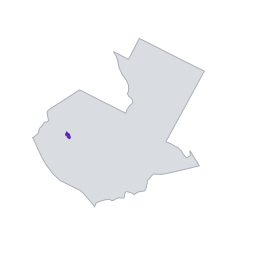 location of San Francisco El Alto, Totonicapán, Guatemala, rotated 27°
{"feature_id": "79465075B12043571614717", "entity_name": "San Francisco El Alto", "entity_type": "district", "adm_level": 2, "iso_a3": "GTM", "parent_name": "Guatemala", "parent_adm1": "Totonicapán", "projection": "albers", "projection_center": [-91.49, 14.976], "detail": "fine", "context": "in_parent", "style": "filled", "palette": "violet", "viewbox_px": 256, "rotation_deg": 27, "n_neighbors": 0, "source": "geoboundaries", "source_scale": "gbopen_adm2", "svg_char_len": 2296}
<svg xmlns="http://www.w3.org/2000/svg" viewBox="0 0 256 256"><g transform="rotate(27 128 128)"><path d="M47.3,179.7L48.4,178.6L49.3,176.1L50.4,173.6L49.7,170.6L49.4,168.3L50.6,164.8L50.5,162.2L51.1,160.6L52.9,159.6L53.9,157.6L48.7,150.7L48.7,149.2L49.4,147.3L53.6,140.0L58.7,131.3L64.2,121.8L67.6,116.0L79.7,116.0L87.8,116.0L98.0,116.0L109.1,115.9L116.4,115.9L119.4,115.8L118.8,112.1L119.2,107.9L120.5,104.2L120.5,102.5L118.3,100.5L114.1,99.3L111.8,97.5L111.8,95.3L110.7,92.5L108.7,89.3L104.5,86.0L98.0,82.7L92.6,78.2L88.1,72.5L84.3,68.8L81.4,67.3L80.7,66.5L89.2,66.6L97.3,66.6L97.4,58.5L97.4,51.2L97.4,43.1L112.0,43.0L129.5,43.0L147.6,42.9L161.8,42.8L170.2,42.7L169.9,52.8L169.6,64.5L169.4,73.2L169.1,84.7L168.7,96.5L168.3,112.5L168.0,122.9L168.2,123.1L173.0,122.6L180.1,123.0L181.8,122.9L184.0,123.8L185.7,124.0L189.3,126.3L193.6,128.0L196.2,124.4L194.8,122.3L193.7,121.2L193.8,120.3L208.7,129.3L206.9,130.7L203.2,134.1L196.5,139.8L190.5,144.9L184.7,149.6L179.5,153.8L178.8,154.2L172.2,157.2L171.1,158.6L169.7,164.4L169.0,165.8L170.3,169.1L171.6,174.0L171.2,176.7L166.6,179.9L164.5,182.8L163.6,184.7L162.7,184.2L161.3,184.1L158.0,184.8L156.4,185.0L155.0,185.9L154.9,187.7L155.8,190.6L156.2,192.1L155.2,192.8L151.2,194.6L149.6,196.3L148.0,199.0L146.2,200.1L144.4,199.9L143.0,200.4L140.2,202.4L136.0,206.3L133.7,209.2L133.7,211.4L134.1,213.3L118.5,206.5L113.3,205.4L91.4,205.6L82.0,202.9L71.4,197.7L64.2,193.0L47.3,179.7Z" fill="#d9dde1" stroke="#a8b0b8" stroke-width="1"/><path d="M75.4,159.6L75.4,159.8L75.4,160.0L75.5,160.6L75.4,161.1L75.4,161.3L75.5,161.5L75.6,161.8L75.8,162.0L75.8,162.3L76.0,162.4L76.3,162.3L76.5,162.3L76.8,162.4L76.9,162.5L77.0,162.5L77.3,162.6L77.6,162.7L77.8,162.8L78.0,162.9L78.1,163.0L78.1,163.3L78.4,163.5L78.6,163.5L79.0,163.6L79.4,163.7L79.6,163.8L79.9,163.8L80.3,163.9L80.6,163.6L80.8,163.2L80.7,162.8L80.7,162.7L80.4,162.4L80.2,162.1L80.0,161.9L80.0,162.0L79.8,162.0L79.7,162.0L79.4,162.0L79.2,162.0L78.9,161.9L78.8,161.6L78.7,161.6L78.6,161.3L78.5,161.2L78.5,160.8L78.5,160.7L78.4,160.5L78.3,160.3L78.0,160.2L77.8,160.2L77.5,160.2L77.3,160.4L77.2,160.6L77.1,160.9L77.0,161.0L76.9,161.0L76.7,161.0L76.5,160.9L76.5,160.7L76.4,160.7L76.1,160.3L75.9,160.2L75.8,159.9L75.7,159.9L75.5,159.6L75.4,159.6Z" fill="#8b5cf6" stroke="#5b21b6" stroke-width="1.5"/></g></svg>